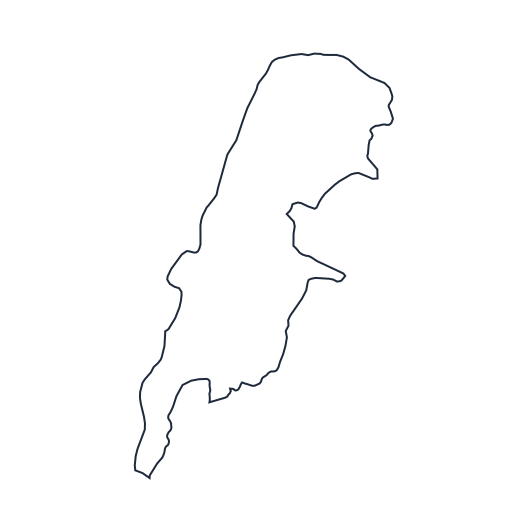 Huila, Albers equal-area conic projection, rotated 164°
{"feature_id": "COL-1405", "entity_name": "Huila", "entity_type": "Department", "adm_level": 1, "iso_a3": "COL", "parent_name": "Colombia", "parent_adm1": "", "projection": "albers", "projection_center": [-75.51, 2.666], "detail": "fine", "context": "isolated", "style": "outline", "palette": "slate", "viewbox_px": 512, "rotation_deg": 164, "n_neighbors": 0, "source": "natural_earth", "source_scale": "10m", "svg_char_len": 3100}
<svg xmlns="http://www.w3.org/2000/svg" viewBox="0 0 512 512"><g transform="rotate(164 256 256)"><path d="M364.1,208.6L361.3,209.4L359.9,210.1L357.4,212.5L350.9,218.4L343.7,227.8L340.4,233.9L338.3,239.0L337.5,242.2L338.9,246.3L342.8,248.9L346.5,252.9L347.8,257.8L346.6,260.7L341.0,267.0L326.8,278.0L321.2,279.8L319.3,279.1L314.5,276.3L312.5,275.9L310.7,276.4L308.6,278.5L306.2,282.3L300.9,301.0L298.5,306.0L296.2,309.5L290.0,316.3L288.3,317.3L280.6,322.8L277.0,325.8L273.3,332.7L268.0,341.2L255.5,361.5L242.9,372.8L231.7,389.2L223.6,400.5L212.8,412.2L209.5,416.1L207.2,420.1L204.8,422.4L196.2,428.6L193.1,431.7L190.4,435.0L187.4,438.0L184.0,439.5L179.7,440.1L175.6,439.6L167.2,439.3L156.6,437.6L150.5,434.7L144.2,434.5L138.1,432.4L135.5,430.7L131.2,429.4L123.0,427.0L117.2,423.6L112.8,419.3L105.5,407.5L96.9,396.3L84.8,386.9L81.3,380.7L80.9,373.7L81.0,371.5L82.3,368.6L86.8,364.5L87.3,362.8L86.7,357.9L86.5,350.2L89.2,346.6L91.6,345.4L94.3,346.0L96.3,347.1L98.9,347.5L101.8,347.5L105.1,348.1L107.5,347.6L109.8,346.7L111.0,345.9L111.5,345.0L111.4,343.9L110.9,342.5L110.7,340.9L110.7,339.6L112.9,336.8L114.9,335.9L117.1,331.6L119.5,325.3L120.1,323.6L121.4,321.7L121.5,319.0L115.5,305.8L117.8,297.0L122.8,298.1L125.5,300.5L134.6,307.6L137.9,308.2L142.0,308.3L155.2,304.9L160.6,302.8L172.5,296.9L176.4,294.0L180.2,290.6L184.3,285.9L186.5,285.2L192.4,289.4L197.9,294.3L201.2,295.9L206.7,295.7L208.8,292.2L210.9,290.1L214.9,287.9L210.2,278.6L210.6,273.8L213.7,267.2L217.2,255.5L215.0,251.6L213.1,247.1L210.9,244.6L207.9,242.5L205.2,241.3L203.1,239.4L198.7,234.2L194.3,230.4L176.8,215.1L175.7,212.2L180.7,208.8L182.7,208.7L185.2,209.1L186.5,210.4L188.5,212.2L191.8,213.9L205.0,218.6L209.7,218.9L212.0,218.5L213.5,216.5L217.2,209.1L223.5,202.4L239.7,189.1L242.8,185.4L244.0,180.0L248.1,175.7L248.7,169.3L252.4,161.6L257.0,154.1L262.0,147.7L265.2,142.7L267.7,140.4L269.6,140.0L271.4,140.3L273.0,140.8L274.4,140.7L276.3,140.2L278.0,138.9L279.4,138.3L282.7,137.4L284.0,136.5L284.9,135.3L286.1,133.6L287.1,132.8L288.0,132.4L292.8,131.7L294.5,131.9L296.2,132.8L299.5,135.1L301.7,136.4L304.2,138.3L304.9,137.8L306.2,136.5L307.4,134.9L309.8,132.6L311.6,132.2L313.0,132.5L313.9,133.5L314.3,134.4L317.5,135.7L317.5,133.0L319.2,131.1L321.0,130.2L322.1,129.0L323.3,128.5L324.7,128.3L341.1,128.2L340.2,130.0L339.2,133.7L339.0,135.5L338.5,136.9L337.3,138.8L336.9,139.8L336.6,142.7L336.2,144.8L335.5,146.8L335.1,148.7L335.8,150.3L337.1,151.4L344.8,153.3L352.7,154.0L362.2,152.2L371.1,143.2L377.3,134.0L380.8,129.9L384.1,126.9L385.0,124.9L384.9,123.1L384.1,121.1L383.8,118.7L384.5,114.7L385.5,112.8L387.0,111.5L388.6,110.7L390.6,108.5L391.2,107.1L391.2,105.5L390.7,104.1L390.6,102.3L391.2,100.7L392.2,99.1L393.0,98.4L394.1,98.1L395.2,97.5L396.5,96.1L398.2,92.5L399.7,90.3L401.6,88.1L408.3,83.7L418.7,74.3L419.5,71.9L425.0,78.7L431.1,83.2L430.3,88.0L426.7,97.0L423.0,103.3L410.8,119.7L408.9,125.5L408.0,132.3L407.4,146.1L406.6,151.8L404.9,157.1L400.0,165.4L397.0,168.0L389.0,173.2L384.9,177.5L380.0,179.9L376.2,182.6L374.4,184.9L368.8,194.7L364.3,207.6L364.1,208.6Z" fill="none" stroke="#1e293b" stroke-width="2"/></g></svg>